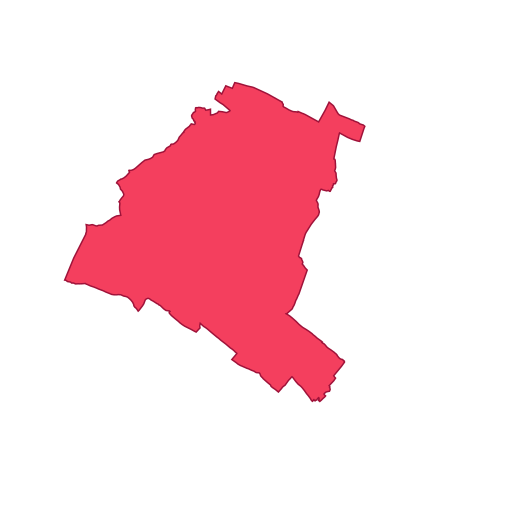 outline of Lipovat, Vaslui, Romania, rotated 322°
{"feature_id": "2599482B42630334171019", "entity_name": "Lipovat", "entity_type": "district", "adm_level": 2, "iso_a3": "ROU", "parent_name": "Romania", "parent_adm1": "Vaslui", "projection": "orthographic", "projection_center": [27.694, 46.559], "detail": "fine", "context": "isolated", "style": "filled", "palette": "rose", "viewbox_px": 512, "rotation_deg": 322, "n_neighbors": 0, "source": "geoboundaries", "source_scale": "gbopen_adm2", "svg_char_len": 6157}
<svg xmlns="http://www.w3.org/2000/svg" viewBox="0 0 512 512"><g transform="rotate(322 256 256)"><path d="M260.2,394.2L260.2,393.8L260.9,393.4L260.8,392.8L260.5,392.0L260.6,391.4L260.4,390.7L259.8,390.1L259.0,388.7L258.7,387.0L258.7,385.2L258.7,384.5L258.9,384.2L258.8,382.2L258.4,380.8L258.4,380.3L257.4,376.8L257.2,376.0L257.0,375.5L256.2,373.2L255.7,370.8L255.8,369.5L255.6,367.3L254.8,365.3L254.7,364.6L255.0,364.5L255.3,364.5L255.2,363.8L253.6,358.3L253.2,355.8L252.5,353.0L252.4,351.8L251.4,348.1L250.4,345.1L248.8,340.9L247.8,336.4L247.3,332.1L246.4,327.2L245.6,323.7L245.1,322.5L244.8,321.3L244.6,320.8L244.2,320.3L244.2,320.1L244.7,320.4L251.7,320.0L252.3,319.8L253.7,319.0L255.7,318.2L257.3,317.3L260.0,315.5L261.5,314.9L265.1,312.9L266.5,312.3L287.7,298.6L287.4,295.7L287.6,292.9L287.5,290.8L289.0,289.9L289.4,288.9L289.8,286.9L290.1,286.4L290.3,286.0L289.8,284.5L289.4,284.0L289.5,282.2L300.2,274.8L301.4,274.1L301.6,273.7L303.0,273.1L303.1,272.7L308.3,269.1L309.9,268.3L319.0,265.0L324.9,263.5L328.9,262.7L330.6,262.1L332.9,260.4L333.3,259.8L333.9,258.5L334.9,255.6L336.8,253.4L337.2,252.5L337.7,249.5L337.9,249.2L339.5,248.5L341.8,247.6L343.8,246.3L345.2,245.1L346.7,244.0L348.1,243.4L348.9,243.9L349.3,245.0L351.8,248.2L353.4,248.9L353.8,250.3L354.3,250.7L358.0,249.0L358.5,249.2L358.9,249.0L359.6,247.8L360.8,247.6L361.5,246.8L361.8,246.9L362.8,247.8L363.3,247.8L364.4,247.1L366.0,246.5L366.6,246.0L367.3,244.2L368.7,241.9L369.7,240.5L370.1,239.9L370.4,237.3L372.0,236.3L373.3,235.2L375.1,232.6L375.4,232.3L375.5,232.0L377.1,229.7L377.6,228.6L377.6,228.1L377.1,227.4L386.4,219.4L391.6,215.3L396.9,210.9L397.6,210.5L401.2,218.9L403.6,223.2L406.5,227.5L408.3,229.6L419.7,221.9L421.6,220.8L421.2,218.8L420.2,217.4L419.1,215.7L418.9,215.0L418.9,214.3L418.5,213.4L416.5,210.2L416.0,208.8L415.0,207.5L413.9,205.2L408.6,196.4L408.3,194.7L408.5,192.6L409.5,185.5L409.4,184.7L408.3,179.8L400.1,183.8L387.9,188.9L381.9,174.9L380.8,172.8L380.3,172.1L378.1,168.0L377.4,168.4L376.6,167.3L374.5,165.4L373.9,164.7L373.2,163.6L371.9,161.1L370.7,158.0L369.5,155.3L369.5,154.8L370.8,153.3L371.0,151.3L371.4,150.9L371.1,150.2L364.9,135.4L358.0,122.0L357.2,120.8L353.6,116.4L348.6,109.4L346.0,106.3L340.6,109.3L338.0,105.1L337.0,103.3L328.7,107.3L327.8,103.3L324.9,104.3L324.7,104.6L323.4,105.0L322.9,105.0L320.4,107.1L322.1,113.2L323.3,116.4L325.1,125.3L325.0,125.5L324.5,125.6L324.1,125.6L321.5,125.0L320.8,124.6L318.2,121.5L315.6,119.0L313.7,119.5L309.3,118.3L307.0,116.9L310.5,112.3L308.2,111.3L306.2,110.2L306.5,108.0L306.3,107.6L304.9,106.6L303.8,105.0L302.3,103.6L301.3,103.2L299.9,102.1L299.6,102.1L298.0,103.6L297.6,104.6L297.3,104.7L295.8,104.8L295.3,104.4L295.1,104.4L293.9,104.9L292.2,105.4L291.5,105.9L290.6,108.2L290.8,109.5L290.7,110.1L290.2,111.2L290.3,111.5L290.5,111.7L290.6,112.3L290.5,112.8L290.0,113.1L290.0,113.9L289.4,114.3L288.6,114.5L288.0,114.0L286.3,112.0L285.4,112.4L284.5,112.4L283.4,112.8L279.1,112.7L278.0,112.8L275.4,113.6L275.3,114.1L275.2,114.2L274.0,113.9L272.2,114.4L268.7,115.1L265.9,116.6L264.6,116.9L262.6,117.1L260.3,117.0L259.6,116.8L258.1,115.7L257.5,115.7L256.5,116.4L253.7,116.1L253.0,115.9L252.3,115.9L250.7,116.2L249.6,116.6L249.0,117.0L247.1,116.9L241.0,114.3L238.3,113.4L237.8,113.5L235.7,114.4L235.1,114.5L232.7,114.2L230.8,113.6L227.5,112.1L223.7,112.1L215.1,112.6L213.2,112.5L211.8,112.2L210.5,111.7L209.7,111.2L208.8,110.3L208.5,110.3L208.3,110.7L207.8,112.2L202.9,113.1L199.8,113.1L197.5,112.6L196.8,112.3L196.6,112.1L196.1,112.2L193.2,111.8L191.3,112.4L191.1,112.6L191.7,115.0L191.6,115.8L191.3,117.9L191.1,118.5L190.4,119.8L190.6,122.7L189.9,125.9L188.8,126.9L188.3,127.1L185.8,127.6L183.2,128.3L182.6,128.7L181.4,128.9L181.4,130.2L181.2,130.6L180.8,131.1L178.7,133.3L177.1,135.5L174.5,140.7L170.8,138.6L168.8,138.1L165.7,137.6L162.7,137.7L160.9,137.3L158.3,137.4L154.0,137.0L150.7,134.8L149.2,134.5L148.2,133.4L146.6,130.8L146.0,130.3L143.4,129.0L141.5,126.7L140.3,128.8L137.2,132.6L135.8,133.4L135.4,134.0L111.1,145.4L90.4,157.2L91.2,158.0L91.5,158.9L91.6,159.8L91.9,160.3L93.7,162.2L93.9,162.7L94.0,163.6L94.3,164.1L95.0,164.4L95.5,164.9L96.6,166.9L98.8,168.4L99.7,169.2L101.6,170.6L104.6,172.6L104.8,173.5L105.4,174.3L107.1,177.6L109.1,180.6L110.7,183.3L111.5,184.9L114.2,189.3L115.5,192.0L117.3,195.0L118.6,197.4L120.2,199.1L122.3,200.8L123.7,201.6L125.7,203.4L127.0,206.0L128.6,207.9L129.5,209.4L130.0,211.6L130.3,214.0L130.3,216.4L129.8,218.8L129.1,220.1L129.0,221.9L129.3,222.9L129.4,224.5L129.2,226.9L130.5,226.8L135.9,225.4L138.1,224.6L141.7,222.4L142.6,222.3L143.6,222.4L144.9,222.9L145.7,224.0L146.2,226.1L147.2,228.3L148.7,232.7L149.2,233.3L149.3,234.6L150.1,236.1L150.6,239.9L150.9,241.5L151.6,243.6L154.0,246.0L154.1,246.7L153.2,246.8L152.7,247.2L152.5,247.9L152.7,250.9L153.7,255.8L154.6,259.7L154.9,261.8L155.7,264.8L156.6,267.4L159.7,273.9L161.4,277.9L162.0,279.1L167.6,278.2L168.5,276.6L169.4,275.7L170.6,274.7L171.4,279.3L172.1,281.1L172.8,283.7L173.7,288.4L175.4,296.2L175.5,296.4L176.0,298.4L176.4,300.7L178.0,306.8L179.2,312.7L180.0,315.2L180.5,317.8L180.5,318.5L181.0,320.9L180.8,321.1L173.2,322.7L174.8,328.1L175.2,330.0L176.3,332.7L177.3,334.4L177.9,335.6L178.7,337.0L179.7,338.9L180.6,340.2L182.2,343.4L183.5,345.5L184.2,347.6L184.7,348.3L186.4,349.9L186.7,350.4L186.5,351.7L186.1,352.7L185.9,353.3L186.0,355.1L186.2,355.9L186.1,356.9L187.2,362.9L188.0,366.4L188.0,366.8L187.7,367.4L187.7,368.3L188.0,369.8L189.1,373.2L189.9,377.0L194.8,376.1L195.9,375.7L197.4,375.6L199.4,375.7L205.1,374.0L207.6,373.7L209.4,373.3L210.0,373.3L210.2,374.3L210.1,379.5L210.3,383.0L211.1,386.2L211.3,388.4L211.3,392.0L211.1,395.5L211.2,398.2L211.1,401.7L210.8,403.5L210.8,404.4L211.1,405.3L212.7,404.8L213.2,404.8L213.2,405.1L212.8,405.3L213.0,405.9L213.5,406.6L214.4,406.4L214.9,406.8L218.0,406.1L218.2,406.9L217.2,407.3L217.2,408.2L216.4,408.3L216.7,409.9L219.0,409.8L221.2,409.5L223.3,409.4L224.7,409.1L224.4,407.2L224.7,406.6L225.3,406.4L227.1,406.3L228.0,406.5L229.3,407.1L230.6,407.8L232.1,407.0L232.8,405.8L233.0,404.9L233.6,404.7L233.7,404.4L233.8,403.2L240.4,402.2L243.5,401.2L243.4,399.6L243.5,398.2L255.3,395.6L260.2,394.2Z" fill="#f43f5e" stroke="#9f1239" stroke-width="1.5"/></g></svg>